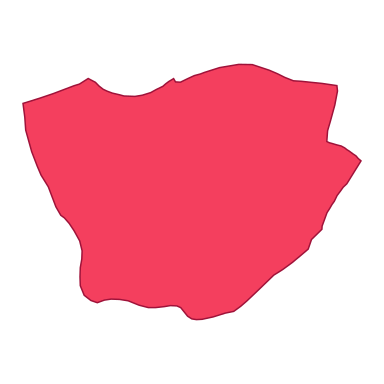 the district of Saniuta, Tuvalu
{"feature_id": "33948139B55314492398689", "entity_name": "Saniuta", "entity_type": "district", "adm_level": 2, "iso_a3": "TUV", "parent_name": "Tuvalu", "parent_adm1": "", "projection": "robinson", "projection_center": [178.686, -7.494], "detail": "fine", "context": "isolated", "style": "filled", "palette": "rose", "viewbox_px": 384, "rotation_deg": 0, "n_neighbors": 0, "source": "geoboundaries", "source_scale": "gbopen_adm2", "svg_char_len": 1468}
<svg xmlns="http://www.w3.org/2000/svg" viewBox="0 0 384 384"><path d="M23.0,103.4L24.8,117.3L25.7,130.1L31.7,151.7L37.3,166.3L41.1,175.2L48.3,186.8L55.9,206.8L60.8,215.3L64.4,217.9L69.2,223.4L74.0,230.6L79.7,240.9L82.1,250.8L81.8,259.0L80.3,267.6L80.0,276.8L80.3,285.7L84.2,295.3L90.9,300.5L97.3,302.7L104.4,300.1L111.1,299.1L119.5,299.4L128.2,300.8L133.1,302.8L139.1,305.2L148.4,307.6L155.4,307.6L164.4,306.6L170.4,305.6L176.8,305.9L180.7,307.6L184.0,311.7L187.6,316.2L191.8,318.9L196.4,319.6L202.1,319.3L213.2,316.9L225.3,313.1L233.7,311.4L240.7,306.3L246.7,301.1L256.1,292.2L273.8,275.1L282.6,269.6L292.8,262.1L295.5,259.8L300.1,256.0L308.2,249.1L311.5,239.5L321.9,229.3L322.1,226.1L324.3,220.1L327.0,212.7L329.8,208.3L332.0,204.5L334.3,201.3L337.1,195.5L340.5,191.0L343.2,187.2L346.8,183.8L361.0,160.9L358.2,158.5L356.0,155.9L352.7,153.7L349.1,151.0L347.1,149.8L344.7,147.9L341.2,146.0L336.5,144.8L332.5,143.6L329.2,142.7L326.8,141.5L327.6,130.7L330.3,121.5L334.8,105.1L337.5,91.0L336.9,85.6L321.8,83.4L310.9,82.3L301.4,81.3L293.4,80.8L284.8,77.4L277.6,73.8L269.2,70.2L252.3,64.6L238.7,64.4L219.6,67.6L204.2,72.5L200.3,74.0L194.3,75.6L187.8,78.6L180.4,82.2L175.5,81.9L173.6,78.6L168.8,81.5L165.6,83.9L162.9,86.3L156.3,89.5L150.7,92.6L142.3,95.2L135.0,96.4L129.4,96.2L124.0,96.0L119.6,94.8L112.3,93.1L107.0,91.1L103.2,89.3L99.1,86.1L95.4,82.3L88.2,78.5L79.4,84.1L74.1,85.7L53.3,93.6L40.0,98.1L23.0,103.4Z" fill="#f43f5e" stroke="#9f1239" stroke-width="1.5"/></svg>